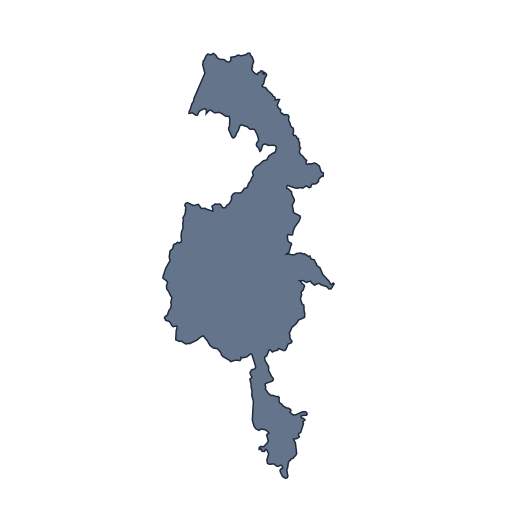 Conceição do Mato Dentro, Minas Gerais, Brazil, rotated 41°
{"feature_id": "56859067B89792932803037", "entity_name": "Conceição do Mato Dentro", "entity_type": "district", "adm_level": 2, "iso_a3": "BRA", "parent_name": "Brazil", "parent_adm1": "Minas Gerais", "projection": "mercator", "projection_center": [-43.489, -18.933], "detail": "fine", "context": "isolated", "style": "filled", "palette": "slate", "viewbox_px": 512, "rotation_deg": 41, "n_neighbors": 0, "source": "geoboundaries", "source_scale": "gbopen_adm2", "svg_char_len": 6158}
<svg xmlns="http://www.w3.org/2000/svg" viewBox="0 0 512 512"><g transform="rotate(41 256 256)"><path d="M251.3,169.6L252.2,168.0L251.4,166.6L251.2,164.8L253.7,162.5L254.2,160.6L254.3,158.7L253.1,157.4L253.0,155.9L253.3,152.9L254.4,151.8L252.3,149.1L250.6,149.7L249.0,149.2L244.9,146.6L240.9,146.8L239.2,147.4L237.1,150.5L235.4,151.6L234.9,153.0L233.4,153.5L232.2,152.4L231.5,150.5L230.0,150.8L225.3,149.9L223.8,150.2L220.7,149.4L219.0,146.6L218.8,145.2L217.0,144.9L214.6,141.9L212.6,141.2L211.0,139.5L209.7,140.2L208.2,139.3L206.3,139.3L205.3,140.3L203.6,139.3L203.1,137.9L200.4,135.1L197.8,135.4L196.2,134.7L194.8,133.6L191.4,132.1L189.5,129.2L187.7,128.6L185.7,129.6L184.2,131.4L182.6,130.9L181.5,131.8L179.7,131.0L178.4,129.2L176.3,129.6L173.1,128.4L171.1,122.5L169.7,123.5L168.3,125.7L166.2,123.8L164.0,124.2L162.2,123.5L156.1,123.4L153.1,122.6L149.9,124.0L148.7,123.2L148.8,121.2L146.0,115.8L145.4,112.5L143.9,111.7L141.9,112.0L142.7,113.5L141.5,113.7L140.0,112.1L138.2,112.9L138.4,114.8L137.4,116.1L138.0,118.2L135.0,118.9L132.1,118.7L129.8,117.5L129.6,115.8L128.1,114.6L126.8,110.8L122.8,108.4L120.8,108.2L118.2,107.0L116.8,108.2L116.4,110.4L114.5,113.3L113.1,115.0L111.1,115.7L110.1,117.0L109.7,118.9L106.6,122.5L108.7,124.8L108.5,127.0L107.2,128.3L102.9,128.7L100.4,130.8L98.5,131.7L96.8,131.7L94.0,130.9L90.9,131.0L90.0,133.8L87.1,135.2L87.0,137.7L88.4,142.1L88.3,143.9L89.4,144.9L90.2,146.6L97.5,151.6L105.7,177.5L107.3,180.1L107.8,183.3L110.3,188.7L110.7,190.7L111.8,192.3L113.0,191.4L113.5,189.8L118.4,189.2L119.4,188.1L118.4,184.9L118.5,183.0L120.0,179.3L121.6,178.1L123.1,178.6L125.0,181.3L125.0,176.9L126.5,175.6L130.9,175.1L134.0,171.7L135.8,171.1L141.6,170.4L144.0,168.2L146.4,169.9L150.9,175.5L151.2,177.0L152.3,178.4L159.6,181.9L161.3,182.0L161.9,180.5L161.7,178.4L160.8,176.2L160.4,173.2L158.5,168.5L158.6,166.8L164.8,164.1L168.0,164.4L169.5,163.4L170.5,161.9L172.4,161.6L177.3,163.7L180.9,165.9L182.2,167.2L182.3,169.7L183.0,171.5L184.3,172.6L187.1,172.8L190.3,174.5L190.5,173.1L188.3,168.0L188.6,166.6L189.7,165.2L192.5,164.6L197.1,160.5L198.7,160.1L200.3,160.8L201.7,163.5L202.4,166.1L201.4,166.9L200.0,172.0L201.1,176.3L199.0,179.5L198.4,185.2L197.3,188.4L197.4,190.3L198.1,194.9L201.1,197.0L201.6,200.5L202.6,202.3L202.8,206.2L204.2,209.4L204.0,211.3L202.9,212.5L203.4,217.3L202.7,218.8L199.1,221.9L198.3,223.2L198.1,225.3L198.6,227.5L200.2,229.0L201.3,232.5L201.4,234.8L200.8,236.5L201.1,239.7L199.6,241.2L198.1,241.2L195.5,240.3L194.3,240.7L192.4,242.8L191.1,243.4L190.1,247.4L192.9,249.0L194.0,250.4L188.9,252.8L186.4,253.3L183.5,256.0L178.6,254.8L176.5,258.1L175.1,259.1L169.4,260.6L168.4,262.2L168.6,263.6L169.3,264.7L171.0,265.2L174.2,269.7L175.1,271.4L175.8,275.1L177.4,276.2L179.2,279.2L182.7,283.0L183.9,286.5L186.0,289.7L189.8,293.4L190.3,295.0L189.2,296.5L187.7,297.2L187.7,298.9L186.6,300.4L186.5,301.9L188.3,305.1L187.8,308.6L191.0,313.5L194.2,316.1L195.9,324.4L199.2,332.3L200.3,333.8L204.3,333.4L206.7,334.0L207.9,337.2L210.2,339.4L213.6,340.2L217.0,341.8L219.8,342.5L222.1,346.9L224.4,348.7L225.8,351.6L226.0,354.2L227.9,358.8L227.1,361.3L227.5,362.8L230.2,363.8L233.1,362.4L235.1,362.5L237.8,363.6L239.8,363.7L242.1,360.9L243.7,362.1L244.4,364.2L250.4,371.9L254.2,370.8L255.5,369.2L260.2,368.6L261.4,367.9L261.9,366.6L263.4,365.8L266.7,358.1L267.2,354.0L268.5,350.8L275.1,352.0L279.9,353.7L284.0,353.5L287.5,351.4L289.7,351.4L293.1,352.2L294.9,353.3L297.0,353.6L304.6,352.1L306.2,352.4L308.7,348.2L312.5,345.4L312.4,343.9L311.1,342.5L312.7,341.6L315.3,338.1L316.0,333.7L317.3,332.9L328.5,339.8L329.2,341.9L327.3,344.8L327.9,347.8L329.3,349.0L332.3,350.0L332.5,351.4L332.1,353.0L336.5,356.0L337.4,357.3L341.7,360.7L344.4,364.1L349.4,367.4L360.5,381.8L361.9,383.0L366.1,385.7L369.3,386.5L372.8,385.6L373.2,383.4L376.4,381.4L378.2,380.8L381.8,381.0L381.4,384.1L386.6,387.5L387.1,389.6L386.9,394.9L384.3,396.8L384.1,398.4L385.2,399.9L386.1,398.2L387.4,399.2L388.8,399.4L390.6,397.9L390.1,395.6L392.1,395.5L395.4,397.1L398.0,402.8L400.6,404.9L402.6,404.5L406.0,401.1L409.1,401.1L410.7,400.3L411.9,397.6L413.4,397.4L415.4,398.7L414.5,400.6L414.8,402.1L416.2,403.1L420.7,405.0L424.0,404.5L425.0,403.2L424.7,401.4L419.4,397.1L418.9,395.2L415.9,390.5L415.5,388.9L416.0,387.4L415.6,386.0L416.7,384.5L416.7,379.7L416.2,378.3L408.2,371.1L404.5,369.7L406.7,366.8L407.4,364.1L404.9,362.8L404.8,361.3L405.5,359.9L401.8,351.3L400.0,350.3L400.6,347.6L398.5,347.4L396.1,348.4L395.0,347.3L395.9,345.7L398.6,343.0L398.2,341.7L396.9,340.9L395.3,341.2L394.2,342.1L393.0,343.6L390.3,349.6L388.7,351.3L386.9,351.7L384.0,351.7L383.9,349.9L382.8,349.1L380.1,349.6L378.9,350.6L374.5,351.4L372.5,350.8L370.1,351.4L367.6,349.4L366.6,347.7L365.0,347.4L363.7,348.7L360.2,350.1L358.7,351.4L355.2,351.5L350.3,350.2L349.2,348.3L347.5,347.4L346.8,346.1L350.4,339.7L350.3,337.9L349.0,337.0L347.2,336.8L340.7,334.2L338.1,331.2L331.3,328.9L329.9,327.9L328.9,326.5L329.6,324.3L327.5,318.2L328.6,317.5L331.4,317.7L332.1,315.7L334.2,312.8L333.7,311.0L339.1,309.2L339.9,308.0L339.7,306.3L338.0,301.4L339.5,298.6L339.3,296.9L336.2,296.0L334.7,295.0L333.5,293.4L331.9,292.7L330.0,286.3L330.7,280.8L330.6,278.5L330.0,276.8L332.9,270.5L330.7,267.6L328.0,265.6L325.2,262.5L324.2,261.7L322.5,262.0L317.7,259.3L315.9,255.4L313.7,253.6L314.0,250.9L312.4,246.9L311.1,246.3L308.9,246.6L307.0,246.0L305.2,246.1L307.6,243.7L311.4,242.9L312.7,240.4L314.0,239.2L315.4,239.8L319.4,239.6L320.5,236.4L322.0,235.1L323.7,235.2L329.7,232.7L332.9,233.0L334.2,231.5L333.3,225.8L331.9,225.8L331.8,227.7L330.6,228.2L327.8,227.1L318.7,226.2L311.9,222.9L308.0,223.3L306.4,222.1L304.6,221.8L302.8,220.6L299.4,222.1L296.7,220.6L296.0,221.9L291.3,222.4L290.0,223.8L288.3,224.0L284.9,227.5L284.5,229.3L282.9,231.2L279.8,232.7L277.9,234.6L278.4,231.2L275.6,225.6L275.3,223.9L273.8,223.3L272.2,223.8L270.3,223.7L266.5,220.4L266.2,218.7L268.8,217.1L269.6,216.0L267.5,212.3L266.3,208.7L265.6,201.4L264.2,197.7L262.8,196.9L255.7,198.7L254.1,196.9L250.1,194.0L248.8,189.2L247.5,188.1L242.4,185.9L240.7,184.2L237.3,184.1L234.6,184.7L233.6,183.4L233.6,182.0L240.5,179.2L242.3,178.1L245.3,174.6L246.6,174.4L248.0,170.0L251.3,169.6Z" fill="#64748b" stroke="#1e293b" stroke-width="1.5"/></g></svg>